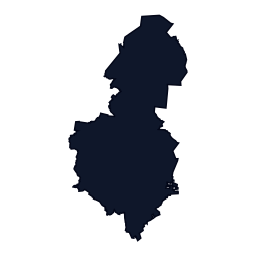 outline of Pinos, Zacatecas, Mexico
{"feature_id": "50627088B58553371537", "entity_name": "Pinos", "entity_type": "district", "adm_level": 2, "iso_a3": "MEX", "parent_name": "Mexico", "parent_adm1": "Zacatecas", "projection": "albers", "projection_center": [-101.589, 22.273], "detail": "fine", "context": "isolated", "style": "filled", "palette": "ink", "viewbox_px": 256, "rotation_deg": 0, "n_neighbors": 0, "source": "geoboundaries", "source_scale": "gbopen_adm2", "svg_char_len": 5824}
<svg xmlns="http://www.w3.org/2000/svg" viewBox="0 0 256 256"><path d="M140.8,238.1L139.3,233.3L143.1,230.5L142.6,227.7L143.6,227.0L143.5,226.6L144.3,226.3L143.7,224.3L146.9,223.5L147.1,223.7L147.0,222.1L147.3,221.9L147.4,221.4L150.4,220.2L152.1,219.0L151.9,218.5L153.1,218.4L151.8,215.2L152.8,214.4L153.2,214.2L154.4,217.4L156.0,216.2L159.8,214.6L159.3,213.1L159.4,212.2L155.4,209.0L155.6,208.5L156.1,208.3L157.1,207.3L157.7,207.4L158.3,207.1L159.2,206.1L160.9,205.1L161.4,203.4L161.9,203.0L161.9,202.3L162.2,201.8L162.1,201.5L162.7,201.0L162.7,200.6L163.4,200.5L164.1,199.8L164.5,199.7L164.7,199.1L165.6,199.1L165.5,197.1L167.2,197.4L167.9,195.2L168.4,194.9L169.1,195.2L170.0,195.0L169.9,195.2L170.4,195.2L170.7,194.0L178.0,193.6L177.9,193.0L178.2,192.9L178.1,191.7L177.5,191.7L177.6,191.2L174.1,191.5L174.2,189.5L172.5,189.8L173.3,186.2L175.4,187.1L175.7,186.9L175.4,189.3L177.9,189.0L178.0,187.8L176.9,187.0L177.2,184.5L172.7,182.5L172.0,185.7L170.3,184.9L169.6,188.5L165.8,188.0L166.3,186.1L168.7,186.4L168.9,185.0L167.3,184.8L167.6,183.1L166.9,182.9L167.1,182.2L170.6,183.2L170.8,182.3L171.5,182.6L171.9,182.2L172.1,182.3L172.6,180.6L173.8,181.1L173.9,180.2L172.3,179.6L172.8,176.8L172.0,176.5L172.1,175.9L172.8,172.0L177.5,160.7L177.9,158.7L175.7,158.8L172.7,150.9L178.6,143.0L176.8,142.5L175.4,140.6L175.0,140.5L172.3,138.5L170.4,136.3L169.8,134.9L170.1,133.6L169.2,132.8L168.3,132.7L168.2,132.3L167.8,132.1L167.0,130.8L165.9,130.9L165.5,130.6L165.2,129.9L158.4,129.4L159.2,128.5L159.5,127.8L159.7,127.6L160.0,126.3L160.3,126.2L160.9,126.7L162.4,126.1L162.4,125.8L161.8,124.8L162.1,124.0L162.2,123.2L163.0,122.4L163.7,122.0L163.8,121.7L162.8,121.3L162.1,120.7L160.7,120.8L160.1,120.2L160.0,119.4L159.6,119.0L158.2,118.5L157.6,118.1L157.9,117.8L157.0,116.9L156.7,116.1L156.3,115.9L156.2,114.9L155.9,114.9L155.5,113.9L154.8,113.3L154.4,112.7L154.2,111.8L154.7,106.6L165.9,108.0L167.7,88.5L167.4,84.5L180.8,85.2L180.5,81.4L186.9,72.3L186.7,70.6L184.9,67.4L185.1,67.2L185.0,66.7L184.6,65.7L185.0,65.5L185.1,64.6L185.6,63.4L186.1,61.3L186.2,60.2L186.5,59.9L185.2,54.1L184.5,54.3L184.0,53.4L184.0,52.9L184.3,52.4L184.2,52.0L183.0,49.9L182.5,48.0L180.6,46.7L179.9,45.8L179.7,45.0L179.3,44.7L178.9,43.7L178.4,43.6L178.1,43.3L178.0,42.5L178.2,41.6L177.5,40.8L177.1,40.5L177.3,40.3L176.3,40.4L176.1,37.8L175.7,36.5L174.1,36.8L173.9,36.6L173.4,36.7L173.3,37.1L170.7,37.7L166.2,32.4L172.9,23.9L170.6,23.3L163.4,17.6L159.4,15.4L141.9,16.5L140.6,26.3L125.1,37.0L124.8,37.8L124.0,41.6L123.7,42.4L124.0,43.3L123.7,47.4L120.8,45.4L120.7,44.1L119.4,44.8L119.1,44.6L120.2,53.1L105.7,70.9L105.6,72.5L105.0,74.1L105.5,74.6L105.6,75.0L105.2,75.6L104.3,76.2L104.7,76.5L104.8,76.3L105.4,76.3L106.5,77.0L107.1,77.8L107.9,77.7L108.7,78.6L109.8,79.0L111.0,78.8L112.1,78.4L112.8,78.5L113.4,78.8L115.1,79.0L113.2,80.7L113.2,81.0L112.5,81.7L112.3,82.8L111.7,83.1L111.4,83.8L110.6,84.4L110.6,85.2L111.1,85.8L110.6,88.0L111.2,88.2L112.0,88.2L113.8,86.7L116.5,87.4L119.3,89.1L118.9,89.2L119.8,90.5L120.9,91.1L121.0,91.3L119.9,92.3L119.5,92.2L119.3,92.3L117.8,94.0L116.9,94.4L116.8,94.8L115.6,96.3L115.7,96.5L115.4,96.7L113.3,95.0L112.4,95.8L111.5,97.2L112.5,98.2L112.2,98.6L112.7,99.7L112.5,99.8L112.2,99.4L111.5,100.4L110.7,101.2L110.4,101.2L109.4,102.4L109.9,102.6L109.8,103.8L110.1,105.8L109.0,105.7L108.8,106.9L109.5,107.8L109.5,108.4L110.4,108.3L110.2,110.4L110.8,111.1L110.8,111.5L111.4,112.3L112.4,112.9L113.4,114.1L113.7,114.0L114.7,116.2L114.5,116.5L107.9,116.0L107.9,115.0L100.7,113.3L100.4,115.0L99.1,117.2L99.0,117.9L97.6,117.7L97.1,118.5L96.7,118.5L96.3,119.1L95.8,120.2L95.2,120.9L94.2,121.7L93.7,121.5L92.7,121.6L91.8,121.4L91.6,121.9L90.7,121.8L90.7,122.3L90.4,122.3L90.2,122.9L88.8,122.7L88.5,123.3L78.8,121.9L78.9,121.6L75.8,121.8L74.5,130.1L77.8,130.8L76.3,131.3L75.9,133.7L74.7,133.5L74.6,133.9L74.3,133.8L73.9,134.6L74.4,134.7L74.2,135.3L73.8,135.2L73.6,135.0L72.9,135.1L72.8,135.3L72.1,135.8L71.1,135.3L70.6,135.6L70.7,137.5L69.6,138.0L69.7,138.4L69.2,138.6L69.1,139.3L69.5,139.8L69.4,140.5L69.5,140.8L69.2,141.6L70.1,142.6L70.3,143.3L70.0,144.4L70.2,144.8L70.0,145.2L69.9,147.6L71.1,148.4L71.2,149.0L74.5,148.6L78.1,150.6L77.6,151.2L78.0,152.4L77.8,153.3L77.6,153.5L77.7,154.0L76.5,156.5L76.6,157.1L76.4,157.2L77.2,158.7L77.0,159.9L76.3,160.6L76.3,161.3L76.5,161.5L75.9,162.5L76.1,165.4L75.8,166.0L75.4,165.8L75.0,166.0L74.8,166.5L74.9,167.3L74.4,167.7L74.1,168.7L74.2,169.2L75.1,170.5L75.4,170.7L75.6,171.4L76.2,171.7L76.3,172.2L76.5,172.2L76.7,172.7L76.9,172.8L77.5,175.0L77.9,175.5L78.0,175.3L78.5,175.5L80.3,177.5L80.0,178.5L80.1,178.9L79.9,179.7L79.3,180.1L79.0,180.7L79.2,181.0L79.7,180.9L79.9,181.5L79.2,182.1L79.4,182.4L79.1,183.1L79.1,183.7L78.6,184.0L78.4,184.2L78.2,184.8L78.0,184.7L78.1,185.0L77.3,185.3L76.5,185.0L76.3,185.3L75.4,185.7L75.0,185.5L74.0,185.7L73.8,186.3L73.2,186.5L73.0,186.9L75.4,187.4L77.4,187.2L77.3,187.5L78.4,188.7L78.6,188.7L78.6,189.3L79.0,189.3L78.9,191.2L82.8,190.8L84.8,189.4L89.4,192.4L88.9,194.1L92.8,196.7L92.6,197.0L94.0,197.7L93.7,198.2L94.0,198.4L93.6,199.1L94.7,199.6L94.8,199.5L95.9,199.9L99.7,201.7L102.0,205.1L102.8,205.8L103.1,205.8L104.0,206.4L105.0,206.8L104.9,207.0L105.4,207.4L105.0,208.1L105.6,208.7L105.2,209.6L106.0,209.4L106.5,210.1L106.1,210.2L106.4,210.9L106.1,210.9L107.1,211.9L106.8,214.8L107.4,215.0L108.1,214.3L109.9,214.8L111.6,214.1L112.2,213.2L112.6,213.1L112.9,212.7L113.4,212.5L113.7,211.2L114.3,209.7L114.8,210.4L115.5,212.1L117.3,213.2L118.0,214.0L118.9,214.3L119.7,214.4L119.8,213.1L120.0,213.0L121.7,213.2L122.8,212.6L122.9,212.9L124.0,212.9L124.1,212.5L124.6,212.6L124.8,217.9L125.4,222.3L125.7,222.3L125.8,223.2L125.8,225.2L126.2,227.3L125.5,230.4L126.4,230.9L126.5,231.9L129.4,232.3L131.9,237.9L133.9,238.2L134.0,238.1L133.5,237.3L135.2,236.1L135.7,237.3L136.1,236.9L137.7,240.6L140.8,238.1Z" fill="#0f172a" stroke="#020617" stroke-width="1.5"/></svg>